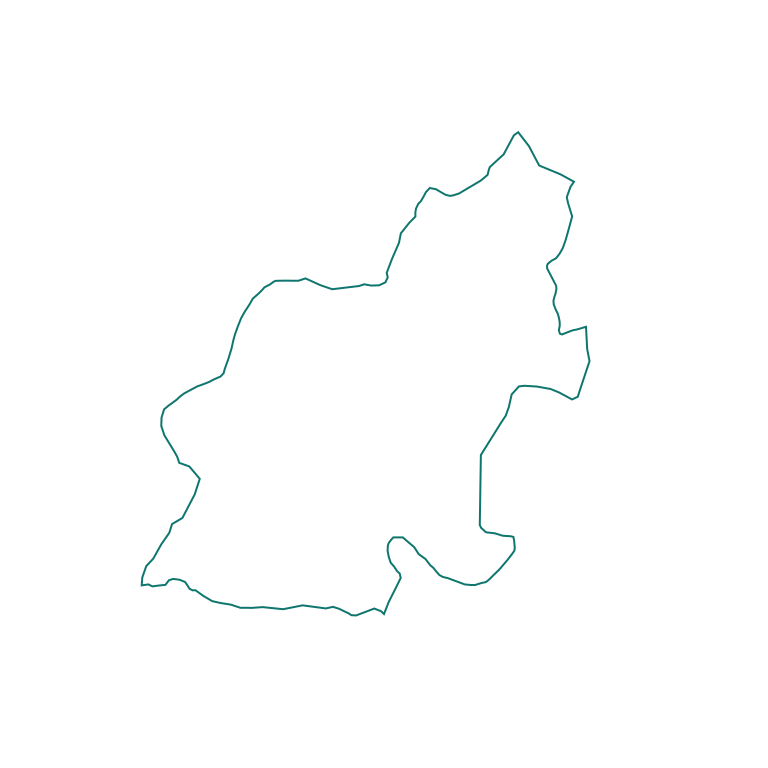 outline of Berbérati, Mambéré-Kadéï, Central African Republic, rotated 295°
{"feature_id": "33826404B29108379746580", "entity_name": "Berbérati", "entity_type": "district", "adm_level": 2, "iso_a3": "CAF", "parent_name": "Central African Republic", "parent_adm1": "Mambéré-Kadéï", "projection": "albers", "projection_center": [15.911, 4.294], "detail": "fine", "context": "isolated", "style": "outline", "palette": "teal", "viewbox_px": 768, "rotation_deg": 295, "n_neighbors": 0, "source": "geoboundaries", "source_scale": "gbopen_adm2", "svg_char_len": 2781}
<svg xmlns="http://www.w3.org/2000/svg" viewBox="0 0 768 768"><g transform="rotate(295 384 384)"><path d="M668.9,399.2L664.3,396.6L642.7,395.4L637.7,393.3L631.6,390.8L625.2,388.2L622.2,388.5L617.3,389.5L609.2,385.7L588.4,371.5L584.1,366.9L582.3,364.1L581.5,359.8L581.8,355.9L582.5,348.8L581.0,342.7L575.7,340.9L571.1,340.7L565.3,340.2L561.7,338.9L556.4,338.9L552.8,339.9L549.0,341.7L541.2,338.9L527.7,335.6L518.3,337.9L500.5,338.4L485.8,339.5L482.3,342.3L476.7,342.3L471.4,337.9L467.8,330.8L466.0,323.9L462.2,319.9L455.9,309.7L448.0,297.0L446.7,284.7L446.5,268.2L441.4,262.8L438.6,256.7L435.5,249.9L431.7,242.2L430.0,240.7L426.2,238.7L421.1,234.8L417.5,233.8L412.7,232.0L405.9,229.0L399.3,228.5L390.4,227.2L383.3,226.7L374.4,227.2L365.8,228.0L359.9,229.0L351.8,230.8L341.4,232.3L330.5,233.3L325.9,234.1L321.6,232.6L315.8,227.5L312.0,224.7L307.7,220.6L302.8,215.7L297.5,211.7L290.9,206.8L286.6,204.5L282.3,202.8L277.5,200.2L273.4,197.9L268.1,195.4L259.5,196.6L251.8,199.9L244.7,206.6L234.3,222.3L230.8,227.2L226.0,231.8L227.0,242.4L220.2,257.1L204.0,259.1L177.4,257.9L167.5,251.1L158.4,252.3L144.5,249.9L128.3,248.7L118.4,245.5L106.5,246.7L99.1,249.5L102.8,255.2L102.7,259.6L106.2,265.1L109.6,270.8L115.2,272.0L118.1,275.1L119.2,278.2L120.2,281.7L120.5,287.4L117.9,291.8L116.3,294.0L116.1,297.7L117.4,300.2L115.6,309.8L114.6,320.0L116.4,328.3L119.3,338.4L120.5,348.5L125.5,359.3L130.5,368.3L137.3,387.8L149.0,403.8L156.0,426.1L160.5,432.0L161.3,438.4L161.2,443.2L161.2,448.6L160.7,452.2L162.5,456.6L176.4,470.1L176.8,477.5L175.5,481.2L188.6,480.4L204.1,480.9L215.3,481.1L218.9,478.3L219.8,475.2L222.8,470.3L224.9,465.6L229.3,461.4L232.5,459.1L234.6,457.6L239.5,455.7L242.1,455.5L246.8,456.6L248.9,457.3L251.1,462.0L252.9,465.9L251.4,471.2L248.9,480.3L247.5,482.6L244.5,487.3L242.9,495.6L239.3,502.5L238.3,506.3L235.9,511.1L234.3,514.9L234.0,518.6L234.5,521.5L235.0,523.5L236.5,542.0L238.8,548.3L240.4,551.6L244.6,556.2L247.6,560.1L251.0,561.8L256.4,563.8L264.9,567.0L276.1,570.1L284.4,572.0L288.0,572.6L290.4,571.9L296.8,568.3L300.1,565.9L299.5,563.0L296.7,555.9L295.5,547.5L292.7,539.1L294.7,532.8L296.7,530.4L360.6,501.8L398.7,506.5L406.6,507.7L415.8,506.9L428.5,504.1L438.8,507.3L441.6,511.7L446.3,523.6L449.9,537.2L450.3,546.3L449.5,561.0L454.3,565.0L467.4,563.4L491.6,560.6L501.5,553.4L521.2,542.9L515.1,536.0L512.3,532.2L506.2,526.3L504.2,524.5L503.9,522.2L506.7,519.7L511.0,518.7L514.6,516.9L517.9,514.6L521.4,511.5L524.0,508.2L527.8,504.2L531.1,502.4L534.9,501.6L538.2,501.3L543.0,500.1L545.8,498.5L557.7,483.0L560.3,481.7L562.3,481.7L566.6,483.8L570.7,486.8L576.5,488.1L582.6,488.6L591.0,487.8L600.4,486.3L615.4,483.7L625.8,474.3L630.6,470.7L641.5,469.7L647.6,470.7L648.6,455.4L647.6,432.3L660.8,414.9L668.9,399.2Z" fill="none" stroke="#0f766e" stroke-width="2"/></g></svg>